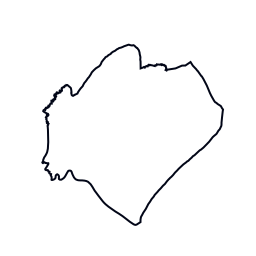 outline of Non Sang, Nong Bua Lam Phu, Thailand, rotated 24°
{"feature_id": "78962969B40369427634380", "entity_name": "Non Sang", "entity_type": "district", "adm_level": 2, "iso_a3": "THA", "parent_name": "Thailand", "parent_adm1": "Nong Bua Lam Phu", "projection": "natural_earth1", "projection_center": [102.437, 16.906], "detail": "fine", "context": "isolated", "style": "outline", "palette": "ink", "viewbox_px": 256, "rotation_deg": 24, "n_neighbors": 0, "source": "geoboundaries", "source_scale": "gbopen_adm2", "svg_char_len": 5586}
<svg xmlns="http://www.w3.org/2000/svg" viewBox="0 0 256 256"><g transform="rotate(24 128 128)"><path d="M207.3,72.5L205.6,71.5L204.1,70.3L203.4,70.1L200.0,69.6L198.6,69.1L197.2,69.0L195.7,68.2L191.1,64.8L188.7,62.8L183.2,57.6L182.4,56.9L177.0,52.6L174.4,50.8L173.8,50.7L168.6,47.6L167.9,47.4L166.3,46.5L161.9,44.7L158.3,42.3L155.0,47.6L152.0,49.0L147.2,54.2L140.1,58.8L139.9,59.8L138.8,59.7L138.9,59.4L138.7,58.4L138.7,57.8L138.0,57.3L137.7,56.6L137.0,55.9L136.8,55.9L136.7,56.3L136.4,56.3L135.7,55.8L135.3,55.7L134.7,56.2L134.4,56.1L134.4,56.3L134.2,56.3L134.2,56.2L133.9,56.3L133.4,56.5L133.2,56.7L132.7,56.1L132.1,56.4L132.1,56.7L131.6,57.2L130.8,57.3L130.5,57.5L129.5,57.8L129.0,58.1L128.6,58.1L128.7,58.7L128.6,59.2L127.9,59.3L127.8,59.5L127.4,59.6L127.4,60.5L126.9,60.6L125.2,60.8L124.3,61.0L122.8,61.5L122.7,61.3L121.3,61.8L121.4,62.3L121.0,62.3L120.9,62.4L120.9,63.7L119.7,63.9L119.5,64.4L119.3,64.4L118.8,65.5L118.7,65.5L118.7,66.0L118.0,65.9L117.7,65.8L117.0,66.8L115.3,68.4L112.4,62.1L111.4,60.6L110.6,58.4L110.1,57.6L108.7,55.8L107.8,54.3L106.3,52.6L103.9,51.2L103.4,51.3L103.1,51.1L102.1,50.9L101.0,50.4L99.6,50.1L99.1,50.2L98.3,50.9L98.1,51.0L96.4,51.4L95.2,51.5L94.6,51.7L91.0,55.1L90.2,56.1L88.8,57.5L87.6,58.4L87.2,58.8L86.6,59.8L86.0,60.4L84.7,62.8L83.4,64.3L83.0,64.9L82.2,66.4L82.2,66.9L81.8,67.7L80.4,69.5L80.1,70.5L79.9,71.0L79.2,71.7L78.6,72.6L78.4,73.9L78.0,74.8L77.1,78.4L77.2,80.7L76.9,82.4L76.5,83.4L74.4,86.5L73.2,89.3L72.3,91.9L72.2,94.0L71.6,97.6L71.1,98.9L70.7,101.2L70.3,103.0L69.8,104.5L69.6,106.8L69.6,108.2L68.6,111.2L68.2,113.1L67.8,115.4L67.8,117.1L65.9,119.3L65.8,119.6L65.6,119.6L65.5,119.9L65.2,120.1L64.7,121.0L64.1,121.0L63.5,120.9L63.0,120.6L62.5,119.7L61.9,119.2L61.8,118.9L61.9,118.4L61.8,118.1L61.3,117.5L61.1,117.0L60.4,115.9L59.9,115.2L59.3,114.6L55.2,113.4L54.9,113.7L54.5,113.7L54.1,113.8L54.1,114.1L54.2,114.3L54.0,114.7L53.8,114.8L53.5,114.8L53.2,115.0L53.2,115.5L53.0,115.9L53.2,116.3L53.0,116.8L52.8,116.9L52.6,116.6L52.4,116.6L52.2,117.2L51.9,117.5L51.8,118.0L51.4,118.1L51.3,118.4L51.6,118.6L51.6,118.9L51.4,119.2L51.4,119.4L51.9,119.8L52.4,120.5L52.5,120.9L52.4,121.1L52.1,121.3L52.0,121.0L51.8,121.0L51.8,122.5L51.5,122.4L51.3,122.1L51.0,122.2L51.0,121.7L50.9,121.6L50.4,121.6L50.4,121.9L50.9,123.0L51.3,123.1L51.4,123.3L50.9,123.8L50.5,123.9L50.2,124.6L49.8,124.6L49.2,124.6L48.8,124.3L48.4,124.4L48.3,124.7L48.5,125.1L48.4,125.6L49.0,125.8L49.0,126.2L48.8,126.5L48.4,126.3L48.1,126.4L47.6,126.8L47.2,127.3L47.4,127.7L47.6,127.8L47.4,128.1L47.4,128.5L48.5,129.2L48.9,129.2L49.3,128.4L49.5,128.4L49.5,128.8L49.3,129.7L48.9,130.2L48.9,131.3L49.1,131.4L49.4,131.1L49.6,131.0L49.8,131.1L49.8,131.4L49.7,131.5L49.3,131.7L49.1,132.4L48.9,132.7L48.7,132.7L48.4,132.3L48.1,132.3L48.0,132.5L48.0,132.9L48.3,132.9L48.5,133.0L48.6,133.4L48.9,133.7L48.9,134.0L47.1,134.0L46.9,134.1L46.9,134.4L47.5,135.2L47.9,135.3L48.0,135.6L47.8,136.4L48.3,136.4L48.4,136.8L47.5,137.0L47.2,137.2L47.1,139.0L47.4,139.5L47.3,140.3L47.1,140.4L46.6,139.8L46.4,139.8L46.2,139.9L46.2,140.1L46.9,140.9L46.9,141.2L46.3,141.3L46.1,141.5L46.0,141.8L46.5,141.9L46.5,142.0L45.9,142.7L45.5,142.8L44.9,142.7L44.7,142.9L44.7,143.6L45.1,144.2L45.1,145.1L44.5,145.0L44.3,145.0L44.2,145.5L43.8,145.8L43.6,146.2L43.7,147.1L44.6,147.4L46.5,147.6L47.0,147.6L47.7,147.8L48.1,148.3L48.2,148.2L48.3,147.7L48.6,147.6L49.1,147.6L49.9,148.2L50.0,148.4L49.8,148.6L49.3,148.5L49.1,148.6L49.2,149.0L49.8,149.5L49.7,149.8L49.1,149.8L48.9,150.0L48.8,150.3L48.7,151.2L48.7,151.8L49.5,152.0L49.7,152.4L49.7,153.2L50.2,153.5L50.7,154.1L51.0,155.1L51.5,155.0L52.3,155.1L52.5,155.2L52.5,155.4L52.4,155.6L51.8,156.0L51.8,156.3L51.9,156.5L52.2,156.6L52.3,156.3L52.4,156.2L53.6,156.5L53.3,157.1L53.6,157.4L53.8,157.8L53.6,158.5L53.7,158.9L54.0,159.2L55.6,162.2L60.9,173.4L63.2,179.5L63.9,182.7L64.0,184.6L63.8,185.7L63.9,186.3L63.4,189.0L63.5,191.5L64.0,193.3L63.9,193.8L63.7,194.2L63.8,194.4L64.3,194.7L64.6,194.7L65.3,193.5L65.7,193.2L66.7,193.6L67.6,193.2L68.8,193.2L69.1,193.0L69.3,192.6L69.5,192.6L69.8,193.1L69.9,193.6L69.4,197.4L69.1,198.9L69.2,199.4L69.7,199.8L70.4,199.8L71.5,199.2L71.9,199.1L72.2,199.4L73.0,200.2L73.3,200.2L73.8,199.8L74.1,199.8L74.3,200.3L74.4,201.2L74.6,201.4L75.7,201.6L76.5,201.4L76.6,201.7L76.7,202.8L77.9,203.5L78.9,205.4L79.1,206.3L79.3,206.5L79.8,206.4L80.8,205.6L81.4,204.9L82.0,203.7L82.0,203.1L81.8,202.2L81.4,201.1L81.4,200.5L81.6,199.9L82.1,199.1L82.6,199.1L83.5,199.3L84.3,199.9L84.7,200.4L85.2,201.8L85.7,202.7L86.8,202.9L87.8,202.5L88.2,202.2L89.5,200.2L90.0,198.9L90.3,197.1L90.6,193.4L90.9,191.5L91.4,191.0L92.3,190.5L93.3,190.4L94.1,190.8L96.2,193.0L98.6,195.0L100.1,195.8L101.6,196.2L103.6,196.0L104.9,195.6L107.2,194.6L109.6,193.8L111.5,193.4L113.4,193.4L116.8,194.6L119.5,196.3L123.0,198.8L125.9,200.4L128.9,202.1L134.9,205.3L136.7,206.1L138.6,206.8L142.2,207.8L150.3,209.4L154.8,210.0L158.8,210.7L167.8,212.9L172.4,213.7L173.9,213.6L174.4,213.4L175.2,212.7L177.7,208.9L176.7,206.6L176.1,204.3L176.1,203.3L176.3,201.4L176.4,199.3L177.2,194.6L177.5,189.2L178.1,186.4L178.5,183.3L179.4,180.2L179.6,178.3L181.0,174.2L181.4,172.6L182.5,169.7L183.4,166.6L184.5,164.1L185.2,161.0L186.1,158.1L186.4,157.7L186.6,156.8L187.5,154.9L188.3,152.7L189.1,149.6L190.2,146.8L190.8,144.9L191.2,143.9L193.4,138.7L195.1,135.7L195.7,134.3L196.2,133.8L196.5,133.4L197.1,131.6L198.2,129.2L198.8,127.3L199.8,125.9L202.4,119.7L202.8,118.9L203.4,118.2L204.9,115.2L207.7,107.6L209.1,101.9L209.8,100.3L211.1,97.7L211.3,97.0L211.7,93.6L212.3,91.9L212.4,88.1L211.9,86.5L211.3,85.2L209.7,80.4L207.7,74.1L207.3,72.5Z" fill="none" stroke="#020617" stroke-width="2"/></g></svg>